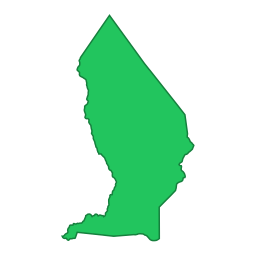 the district of Macururé, Bahia, Brazil
{"feature_id": "56859067B85314842417377", "entity_name": "Macururé", "entity_type": "district", "adm_level": 2, "iso_a3": "BRA", "parent_name": "Brazil", "parent_adm1": "Bahia", "projection": "robinson", "projection_center": [-38.956, -9.263], "detail": "fine", "context": "isolated", "style": "filled", "palette": "green", "viewbox_px": 256, "rotation_deg": 0, "n_neighbors": 0, "source": "geoboundaries", "source_scale": "gbopen_adm2", "svg_char_len": 4104}
<svg xmlns="http://www.w3.org/2000/svg" viewBox="0 0 256 256"><path d="M159.3,238.6L159.3,236.2L159.2,207.1L166.8,199.4L171.0,195.2L175.5,190.5L175.8,189.2L176.1,188.2L176.3,186.7L176.4,185.7L176.5,184.8L176.8,183.8L177.6,183.1L178.5,182.5L179.5,182.0L180.2,181.8L181.2,181.5L182.4,180.7L182.9,179.7L183.0,178.8L183.3,177.9L184.2,177.6L184.9,177.5L185.2,176.5L185.0,175.4L184.5,173.8L183.8,172.6L183.0,171.6L182.3,171.1L181.4,170.2L181.1,169.2L181.3,167.8L181.5,166.7L181.3,165.8L180.3,165.7L179.4,165.2L179.0,164.5L179.6,163.5L180.3,162.8L181.2,162.3L182.0,161.7L182.3,160.8L182.6,159.5L182.8,158.6L183.4,157.6L184.1,156.2L184.7,155.1L185.5,154.4L186.5,154.3L187.5,153.7L188.3,152.8L188.8,152.2L189.7,151.6L190.6,150.8L191.5,150.0L192.4,149.1L192.8,147.9L193.4,146.5L193.8,145.4L193.3,144.6L192.5,144.0L191.9,143.0L191.1,142.3L190.3,141.8L189.9,140.7L189.2,139.2L188.4,138.0L187.3,137.3L187.2,135.7L187.4,134.7L187.5,133.7L184.9,114.7L180.9,109.6L179.8,108.2L178.5,106.5L150.1,70.6L149.4,69.8L144.7,63.9L143.8,62.7L137.5,54.0L110.7,17.1L109.5,15.4L100.3,28.7L84.1,52.3L80.5,57.5L80.3,58.4L79.9,59.3L79.2,60.3L79.3,61.2L79.7,62.1L79.8,63.3L79.7,65.0L79.3,65.7L78.5,66.4L77.9,67.4L77.4,68.6L77.1,69.9L77.7,70.7L78.6,71.3L79.5,72.5L79.5,73.6L79.4,74.7L79.8,75.7L80.7,76.4L81.9,77.0L83.1,77.6L84.3,78.5L85.6,79.3L86.1,80.0L86.4,81.5L86.8,83.2L86.6,84.4L86.7,85.5L87.1,86.3L87.3,87.7L87.8,89.0L88.4,89.9L88.4,91.2L88.2,92.4L88.2,93.3L88.2,94.5L87.7,96.1L87.3,97.0L87.1,97.9L86.7,99.1L87.1,100.0L87.9,100.5L88.2,101.6L87.7,103.1L87.4,103.9L86.6,104.6L85.5,105.4L84.7,106.2L84.7,107.4L84.5,109.0L84.3,109.8L84.4,110.9L84.9,112.3L85.4,113.7L85.7,115.0L85.2,116.3L85.0,117.5L85.6,118.3L86.4,118.7L87.9,118.6L89.0,119.6L88.9,121.1L88.8,122.1L89.1,122.9L89.8,124.0L90.4,124.7L90.9,125.4L91.0,126.6L91.2,127.6L91.4,129.0L91.8,129.8L91.9,131.1L91.9,132.2L91.5,133.2L91.9,134.1L92.4,134.9L92.9,135.6L93.3,136.7L93.3,137.7L93.3,138.7L94.2,140.6L94.7,141.7L94.9,142.5L95.1,143.8L95.5,144.8L95.7,145.8L96.1,147.2L97.0,148.2L97.2,149.6L97.4,150.4L97.7,151.3L98.0,152.2L98.6,152.9L98.8,154.0L99.8,154.0L101.0,153.9L101.7,154.8L102.4,155.6L103.5,156.7L104.2,157.3L104.8,158.1L105.3,159.5L105.7,160.6L106.4,161.7L106.7,163.5L107.5,164.5L108.1,165.7L108.7,166.7L108.6,167.9L109.1,169.3L109.9,170.1L110.9,170.4L111.5,171.4L111.9,172.1L112.5,172.9L112.3,174.0L112.4,174.9L112.3,175.9L112.7,176.9L113.6,177.3L114.6,178.3L115.3,179.3L115.7,180.3L116.3,181.4L116.4,182.6L115.8,183.5L115.5,184.5L115.7,185.8L115.0,186.9L114.5,187.6L114.2,188.7L113.9,189.9L113.2,190.5L112.6,191.3L112.4,192.6L112.2,193.6L112.2,194.6L111.4,194.8L110.5,194.7L109.9,195.4L110.0,196.6L109.6,197.5L109.3,198.4L108.8,199.4L108.7,200.8L108.8,202.4L108.8,203.3L109.0,204.3L108.8,205.3L108.0,206.3L107.8,207.8L107.3,208.8L107.3,209.7L107.5,210.6L106.9,211.5L106.2,212.3L105.5,213.1L105.5,214.5L105.1,215.6L104.5,216.2L103.7,216.7L103.1,215.6L102.0,215.7L101.1,215.3L99.9,215.0L99.1,215.5L98.1,215.9L97.6,214.9L96.9,214.4L96.0,214.1L95.0,214.4L94.5,215.5L93.6,215.6L92.8,216.0L92.1,216.6L91.5,215.6L90.8,214.6L89.7,214.1L88.7,214.1L87.6,214.3L86.7,215.1L85.8,215.6L85.6,216.8L85.1,218.0L84.6,219.2L84.1,220.3L83.7,221.1L83.0,221.3L82.3,222.4L81.6,223.1L80.6,223.1L79.5,223.2L78.5,223.5L77.4,223.3L76.3,223.9L75.1,224.0L74.3,223.6L73.5,223.6L73.0,225.0L71.8,225.1L70.5,225.1L69.8,225.4L69.4,226.4L69.1,227.5L68.2,228.3L67.8,229.5L67.7,230.7L68.0,231.9L67.5,233.0L66.4,233.5L65.3,234.2L64.6,235.0L64.0,235.7L63.3,236.2L62.2,236.2L62.8,237.5L63.8,238.2L64.6,238.4L65.3,238.4L66.0,238.2L66.7,238.7L67.1,239.5L67.7,240.0L68.6,240.2L69.3,239.6L70.2,238.7L71.2,238.7L71.9,238.8L73.0,238.3L74.1,238.4L75.2,238.1L75.5,237.3L77.2,232.3L103.0,235.0L105.4,235.3L113.7,236.2L133.8,234.6L134.8,234.7L135.7,234.7L136.5,234.5L137.4,234.3L138.2,233.9L139.1,233.8L140.0,233.7L141.2,233.8L142.4,233.9L143.1,234.0L143.8,234.3L144.7,235.0L145.9,235.3L146.8,235.8L147.9,237.0L148.7,237.9L149.6,239.0L150.4,239.7L151.3,240.2L152.3,240.5L153.2,240.6L154.3,240.6L155.4,240.5L156.5,240.3L157.3,239.9L158.0,239.5L159.3,238.6Z" fill="#22c55e" stroke="#15803d" stroke-width="1.5"/></svg>